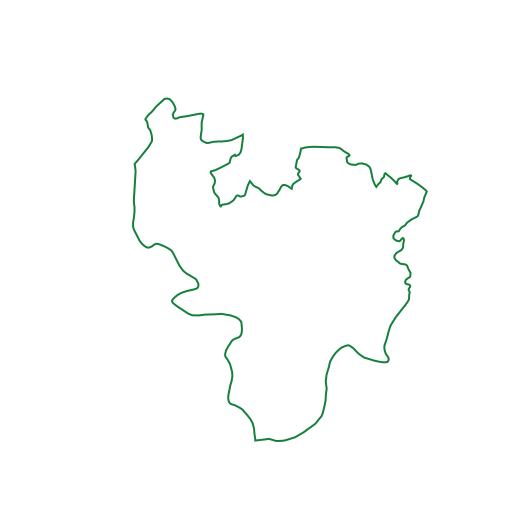 outline of Yen Dung, Bắc Giang, Vietnam, rotated 34°
{"feature_id": "81297802B99638089462809", "entity_name": "Yen Dung", "entity_type": "district", "adm_level": 2, "iso_a3": "VNM", "parent_name": "Vietnam", "parent_adm1": "Bắc Giang", "projection": "orthographic", "projection_center": [106.245, 21.205], "detail": "fine", "context": "isolated", "style": "outline", "palette": "green", "viewbox_px": 512, "rotation_deg": 34, "n_neighbors": 0, "source": "geoboundaries", "source_scale": "gbopen_adm2", "svg_char_len": 6131}
<svg xmlns="http://www.w3.org/2000/svg" viewBox="0 0 512 512"><g transform="rotate(34 256 256)"><path d="M130.7,168.8L129.1,170.1L121.4,177.9L118.6,180.5L115.3,183.4L113.5,186.2L112.1,187.4L110.7,187.5L109.9,187.2L108.0,185.4L107.6,183.6L107.6,180.5L107.4,179.7L106.8,178.9L104.6,177.1L101.3,175.4L97.8,174.4L96.8,174.4L96.0,174.5L95.4,174.7L94.6,175.0L93.4,175.9L92.3,176.9L89.8,187.2L88.9,195.4L88.2,197.8L87.9,199.5L87.8,202.5L87.7,204.0L88.0,204.7L89.7,205.2L90.9,205.9L92.0,206.9L94.4,209.5L95.0,209.9L95.8,210.2L97.3,210.5L98.2,211.0L102.0,214.2L104.3,216.9L105.3,218.6L105.6,219.8L105.9,226.3L104.5,242.8L103.9,247.6L105.6,249.3L108.7,252.9L123.5,278.0L125.4,280.6L127.7,283.1L130.5,287.2L133.2,292.2L135.3,296.9L136.8,299.1L138.3,301.1L141.3,303.1L150.9,308.4L154.1,309.5L156.3,309.9L158.8,310.1L160.7,309.9L161.5,309.6L162.5,309.0L163.7,307.3L164.2,306.4L164.7,305.4L164.9,304.3L165.2,303.6L166.3,301.7L168.3,300.7L172.5,299.6L177.1,298.9L180.8,298.7L183.3,298.9L186.9,300.6L193.4,304.3L198.6,307.1L204.0,309.0L208.1,309.4L214.5,309.0L218.6,308.8L220.1,309.1L221.1,309.8L223.3,310.9L224.4,312.1L225.1,313.3L225.4,314.4L225.3,315.2L225.0,316.2L222.7,319.0L218.2,323.8L215.7,327.0L214.1,329.5L212.8,332.2L211.5,336.4L211.3,338.5L211.3,339.5L211.6,340.5L212.9,341.2L214.4,341.5L218.4,341.8L231.9,341.7L236.3,340.8L241.9,337.2L246.5,333.1L253.9,327.8L259.9,323.2L268.1,319.5L273.7,318.0L276.8,317.9L279.7,318.5L281.2,319.4L285.0,324.1L286.9,327.3L287.6,329.4L287.7,330.8L287.5,332.6L285.6,335.3L283.9,338.1L283.5,339.8L283.4,340.7L283.6,344.0L283.5,346.4L284.0,351.1L285.3,354.7L286.8,356.5L290.1,357.7L294.7,360.0L301.1,365.5L303.6,368.8L305.7,373.3L307.0,377.5L310.7,386.3L312.1,389.0L314.2,391.3L315.3,392.1L316.2,392.5L317.3,392.7L319.0,392.5L321.5,391.6L327.3,390.9L330.8,390.9L333.7,391.8L337.5,392.7L342.6,394.4L346.9,396.6L350.8,400.1L354.2,404.3L358.1,408.6L358.6,409.4L364.1,404.7L369.1,400.3L375.2,398.4L376.5,397.9L380.9,394.7L381.7,394.0L383.8,391.9L389.8,384.4L394.3,375.0L395.3,372.0L398.7,362.8L399.2,360.3L399.4,356.4L399.9,352.2L399.1,348.6L396.6,341.9L394.5,336.9L391.6,332.1L388.8,326.5L386.3,323.7L383.8,320.7L380.9,315.0L378.5,307.4L376.5,302.2L376.0,296.3L376.2,291.9L376.9,288.4L377.9,284.6L380.4,280.5L382.3,278.5L383.2,278.1L384.4,278.0L388.1,278.0L394.0,279.3L397.0,279.7L400.2,279.7L402.7,279.7L406.3,278.5L412.0,276.8L416.7,275.0L421.3,272.8L423.8,270.8L424.2,270.2L424.3,269.5L424.0,267.8L423.7,267.3L423.0,266.6L422.3,266.1L418.5,264.6L415.9,262.7L414.2,260.9L413.3,259.7L412.5,258.2L411.8,255.4L410.6,251.3L408.1,244.2L406.9,240.2L406.6,239.0L406.4,237.5L406.1,228.5L406.9,217.1L407.2,214.6L407.3,208.9L407.2,207.1L407.1,206.5L406.6,205.6L404.2,201.6L404.0,200.6L403.6,200.0L401.8,199.0L401.4,198.6L401.0,197.6L401.0,195.6L400.5,194.4L399.3,194.1L398.6,194.2L396.5,195.1L395.6,195.1L394.8,194.9L394.3,194.3L394.0,193.8L393.6,191.7L394.6,188.9L395.3,187.5L395.3,186.6L393.6,183.6L389.5,181.5L387.9,180.4L386.7,179.5L385.2,179.4L383.7,179.8L382.8,180.4L382.0,180.6L380.9,181.3L379.4,181.7L377.6,181.4L375.6,181.4L374.7,181.3L373.3,180.8L371.7,180.0L370.8,178.8L370.6,178.2L370.7,176.3L370.8,174.7L373.1,170.0L373.2,168.9L373.2,166.8L371.2,163.4L369.9,160.2L368.4,158.9L368.2,158.9L367.9,159.0L367.5,159.4L367.2,160.1L367.1,160.6L367.1,162.0L366.9,163.1L366.6,163.6L365.6,164.1L363.8,164.7L362.8,164.8L362.3,164.8L360.1,164.4L359.5,163.8L358.5,162.3L358.3,161.4L358.3,160.5L358.2,159.7L358.2,158.6L358.3,157.8L358.6,157.1L359.1,156.7L359.5,156.6L360.1,156.1L360.5,155.3L360.4,152.8L360.7,151.1L360.9,150.2L362.3,147.7L362.7,143.6L364.5,138.7L367.6,133.2L367.7,132.6L367.6,131.3L366.1,127.3L365.4,123.3L364.2,116.9L362.9,113.8L361.5,107.0L360.2,106.6L355.2,106.1L349.1,105.9L341.2,106.2L340.4,106.1L339.9,105.0L339.8,104.3L339.8,103.2L339.6,102.6L339.1,102.7L338.5,103.1L337.3,104.9L335.2,107.5L332.4,110.6L331.2,112.2L331.2,113.1L331.4,115.5L332.8,117.0L332.7,117.4L331.6,117.2L327.8,116.3L323.8,115.6L319.6,115.3L317.0,115.0L316.8,115.5L316.9,116.8L317.6,118.2L317.9,119.3L317.1,122.0L317.9,125.4L317.2,128.2L317.1,131.4L315.8,130.9L314.5,130.3L312.2,128.8L309.7,127.0L302.8,120.2L300.7,118.9L299.7,118.6L296.5,118.5L295.7,118.7L291.8,120.1L289.3,122.2L288.0,124.5L284.1,126.8L283.1,127.2L281.7,127.4L279.9,127.4L279.2,127.2L278.7,126.9L277.7,125.6L276.1,124.0L276.0,123.5L276.1,122.6L277.1,121.4L277.3,120.7L277.3,120.4L276.8,119.8L275.2,119.7L270.8,120.0L265.7,119.7L264.1,120.0L260.3,121.9L255.0,125.5L243.5,132.7L240.3,135.0L236.0,138.6L233.7,141.6L233.4,141.6L233.9,143.2L235.1,146.1L236.4,149.9L236.5,151.3L236.4,153.5L236.6,154.3L237.4,155.8L238.1,157.6L239.3,160.3L239.7,160.6L242.4,160.7L243.4,160.6L244.2,160.7L244.5,160.9L244.7,161.1L244.8,161.6L244.8,164.1L245.0,164.8L245.9,165.4L247.6,166.0L248.6,166.6L249.8,166.9L249.8,167.3L249.5,168.2L247.1,173.8L246.6,175.7L246.7,177.3L248.0,180.3L243.3,180.3L241.5,180.6L239.9,181.2L238.8,182.0L238.4,182.8L238.1,184.8L238.5,187.7L238.5,190.5L238.6,191.7L238.6,192.4L238.2,194.0L237.6,194.9L236.3,196.3L235.6,196.8L233.9,197.6L230.6,198.8L229.1,199.2L226.4,199.1L223.7,198.9L221.7,198.4L220.2,198.3L215.9,199.0L213.8,198.8L209.1,197.3L209.7,201.9L212.6,211.1L212.6,212.1L212.3,213.0L210.3,215.1L209.6,215.6L209.3,215.6L207.7,215.7L207.2,215.9L206.4,216.6L206.1,217.3L206.1,218.4L206.3,219.6L206.2,222.1L206.0,223.0L205.6,224.1L204.3,227.3L202.6,229.4L199.1,232.6L199.1,234.7L198.8,234.8L196.3,233.4L194.1,230.2L192.2,228.6L188.4,227.5L187.3,227.3L185.8,226.7L185.0,226.0L182.9,224.1L182.1,223.2L181.6,222.5L181.4,221.3L181.2,219.2L180.0,216.6L178.0,214.7L175.7,213.8L172.8,212.8L172.0,212.3L171.3,211.5L171.3,211.1L174.2,207.7L177.5,202.1L179.9,197.7L182.0,193.7L180.4,189.1L180.3,188.2L180.4,187.1L181.8,183.9L182.8,184.6L183.1,184.6L184.5,182.8L185.0,181.8L185.2,181.1L185.2,179.0L185.1,178.5L184.4,176.0L179.5,166.0L177.2,162.7L176.2,164.8L170.8,173.8L167.6,176.9L163.7,180.1L161.0,181.9L156.5,185.5L153.0,189.2L151.3,190.1L148.5,190.5L146.5,190.5L145.4,190.2L144.0,189.0L142.2,185.6L140.8,182.5L139.8,180.8L138.4,178.9L136.2,175.5L133.4,168.3L132.5,168.0L131.6,168.3L130.7,168.8Z" fill="none" stroke="#15803d" stroke-width="2"/></g></svg>